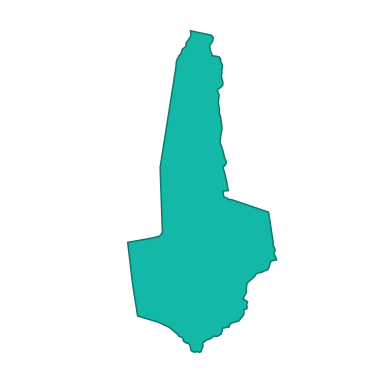 the district of Angicos, Rio Grande do Norte, Brazil, rotated 261°
{"feature_id": "56859067B90087900248405", "entity_name": "Angicos", "entity_type": "district", "adm_level": 2, "iso_a3": "BRA", "parent_name": "Brazil", "parent_adm1": "Rio Grande do Norte", "projection": "orthographic", "projection_center": [-36.539, -5.642], "detail": "fine", "context": "isolated", "style": "filled", "palette": "teal", "viewbox_px": 384, "rotation_deg": 261, "n_neighbors": 0, "source": "geoboundaries", "source_scale": "gbopen_adm2", "svg_char_len": 1908}
<svg xmlns="http://www.w3.org/2000/svg" viewBox="0 0 384 384"><g transform="rotate(261 192 192)"><path d="M78.0,118.9L68.7,138.3L61.5,148.8L54.0,155.2L51.4,156.7L50.4,158.8L48.9,160.2L46.3,160.1L44.2,162.0L42.8,165.0L41.0,166.0L35.7,166.2L34.2,167.8L33.3,169.9L33.7,171.9L32.5,174.1L32.8,175.9L35.6,177.2L37.4,178.6L41.3,179.1L43.7,183.6L44.0,186.7L46.1,190.7L45.5,194.6L47.2,198.7L50.0,200.1L52.8,200.8L52.6,203.1L53.2,205.0L52.7,207.3L55.7,209.0L56.6,211.6L57.0,216.0L57.3,218.1L59.8,220.8L61.8,223.1L64.0,224.4L67.7,224.9L68.1,227.9L70.1,228.5L72.2,228.3L74.9,229.7L78.3,225.8L80.5,227.0L83.9,230.0L88.6,230.7L92.7,231.9L94.2,233.4L98.6,240.4L100.2,241.7L101.6,243.8L101.8,248.3L102.7,250.9L102.9,253.3L103.9,255.1L105.7,256.2L109.2,257.9L111.4,259.4L111.8,264.9L114.9,264.4L118.1,263.3L121.9,265.1L124.2,264.5L127.4,263.8L129.7,264.3L160.1,264.5L178.4,229.6L178.9,227.2L180.7,225.4L182.3,222.7L188.0,222.7L187.7,228.1L189.9,228.0L195.6,227.9L202.0,227.5L206.3,227.2L210.0,226.6L211.8,226.7L213.9,229.7L216.5,230.6L220.9,229.5L226.0,229.2L228.9,228.9L236.9,227.5L242.8,229.2L250.2,231.7L257.6,231.9L262.8,231.9L265.8,231.3L268.3,231.9L270.6,232.2L274.4,231.8L276.2,232.2L278.7,232.5L281.0,233.3L283.5,234.0L285.9,233.5L287.8,232.9L289.6,234.0L291.1,237.4L292.9,239.2L296.4,239.7L299.3,239.2L302.4,239.2L304.8,240.2L307.0,240.2L309.7,241.3L311.7,241.8L313.6,241.7L316.0,240.9L319.0,241.0L321.2,239.9L322.5,236.7L323.3,233.6L327.4,232.6L329.2,232.2L331.8,232.3L333.8,232.3L336.3,234.7L338.5,236.3L340.9,237.2L342.6,236.6L344.2,234.9L347.8,225.3L351.5,215.7L346.5,215.5L344.1,213.4L341.9,211.3L340.7,209.8L336.5,208.4L334.7,204.9L330.5,202.8L328.6,200.4L327.0,199.4L324.1,197.2L316.7,195.3L310.2,193.2L221.4,164.4L207.1,162.6L157.1,156.5L154.5,154.4L153.4,152.6L153.1,148.7L152.8,146.3L152.3,120.6L147.7,120.4L111.6,119.0L99.1,118.9L78.0,118.9Z" fill="#14b8a6" stroke="#0f766e" stroke-width="1.5"/></g></svg>